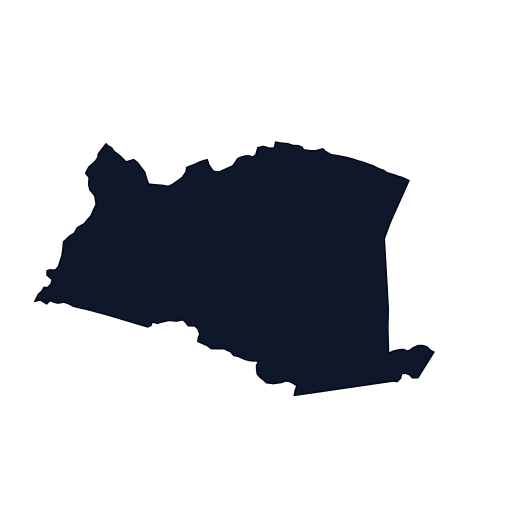 São José de Piranhas, Paraíba, Brazil (Robinson projection), rotated 17°
{"feature_id": "56859067B21073116856192", "entity_name": "São José de Piranhas", "entity_type": "district", "adm_level": 2, "iso_a3": "BRA", "parent_name": "Brazil", "parent_adm1": "Paraíba", "projection": "robinson", "projection_center": [-38.514, -7.094], "detail": "fine", "context": "isolated", "style": "filled", "palette": "ink", "viewbox_px": 512, "rotation_deg": 17, "n_neighbors": 0, "source": "geoboundaries", "source_scale": "gbopen_adm2", "svg_char_len": 2453}
<svg xmlns="http://www.w3.org/2000/svg" viewBox="0 0 512 512"><g transform="rotate(17 256 256)"><path d="M101.2,357.2L109.8,356.5L130.0,355.8L173.2,355.5L175.8,353.2L176.1,349.3L181.2,349.3L183.7,347.6L188.0,345.1L190.8,343.4L195.6,342.1L198.8,341.6L202.0,339.8L204.8,338.4L207.6,339.7L211.6,342.5L218.1,340.7L221.9,342.8L225.1,347.2L224.8,351.6L225.4,354.7L230.4,355.3L235.9,356.0L240.2,357.7L245.4,356.2L249.7,354.9L252.7,354.0L256.6,354.6L260.0,355.1L263.8,357.7L268.2,357.2L275.7,358.1L280.0,357.9L283.1,357.4L286.1,356.5L289.3,356.0L288.5,360.5L289.9,364.6L291.8,368.6L295.5,370.9L300.4,372.7L302.9,374.2L306.7,373.5L310.2,372.9L313.8,371.1L317.0,369.7L321.1,366.7L325.5,366.2L329.1,367.0L333.1,368.1L332.8,373.1L333.4,378.1L370.7,360.5L423.9,335.4L427.6,334.9L430.0,330.6L429.6,325.9L433.4,324.4L437.9,324.7L441.0,326.7L443.7,326.0L446.5,324.9L454.2,295.9L450.4,295.2L446.0,292.9L441.6,292.9L437.2,294.3L432.9,298.0L430.7,301.2L428.2,302.8L424.7,302.2L421.1,303.4L418.2,305.0L414.8,307.1L411.2,310.3L402.9,285.6L398.1,268.3L391.8,251.1L373.6,201.9L374.6,184.3L380.2,139.2L375.8,138.5L372.3,138.1L369.0,138.3L365.6,138.0L362.2,138.0L356.8,138.1L352.9,136.7L349.5,136.7L345.0,136.2L341.8,135.5L338.5,135.5L334.5,135.2L329.7,135.0L325.7,135.2L320.7,135.0L314.7,135.2L310.5,135.6L305.7,136.1L298.3,137.1L291.5,135.6L288.6,133.9L282.2,138.0L276.9,139.5L270.4,140.6L268.4,138.5L264.3,138.1L259.0,139.5L253.6,139.3L245.7,140.9L241.5,141.3L241.9,147.4L237.2,149.0L230.9,149.0L226.1,152.0L226.3,158.9L224.1,162.4L220.5,162.2L217.0,163.2L212.3,166.2L209.9,168.4L209.0,171.9L207.4,176.6L196.0,186.6L190.7,187.5L188.0,185.6L184.2,182.5L181.3,178.2L178.3,179.9L174.3,182.9L171.6,185.4L168.1,188.2L163.9,191.5L164.5,196.1L162.5,202.5L159.1,207.0L154.6,212.6L151.7,215.1L145.8,215.8L138.2,217.5L132.2,218.6L129.5,215.1L127.2,211.7L125.2,208.4L115.1,201.2L110.8,199.6L107.9,201.6L104.2,204.0L96.6,200.0L89.3,197.3L86.2,194.7L82.5,194.0L79.8,192.6L75.4,204.3L76.0,208.1L74.6,212.5L70.1,219.9L68.9,226.6L73.4,229.6L75.2,236.7L77.7,241.2L84.2,245.5L88.1,253.4L87.2,258.5L86.5,265.7L84.2,270.6L82.3,275.4L76.9,281.0L75.5,287.6L72.4,290.8L67.8,298.7L69.5,306.8L70.3,312.1L70.1,324.1L68.1,328.2L63.0,329.5L60.5,331.2L61.7,335.4L68.1,338.2L68.1,342.9L65.9,347.1L62.3,348.1L61.6,352.1L59.1,356.2L57.8,363.9L62.7,361.1L69.8,363.0L72.0,358.8L76.9,359.2L80.3,359.0L85.7,356.3L90.2,356.3L96.2,357.4L101.2,357.2Z" fill="#0f172a" stroke="#020617" stroke-width="1.5"/></g></svg>